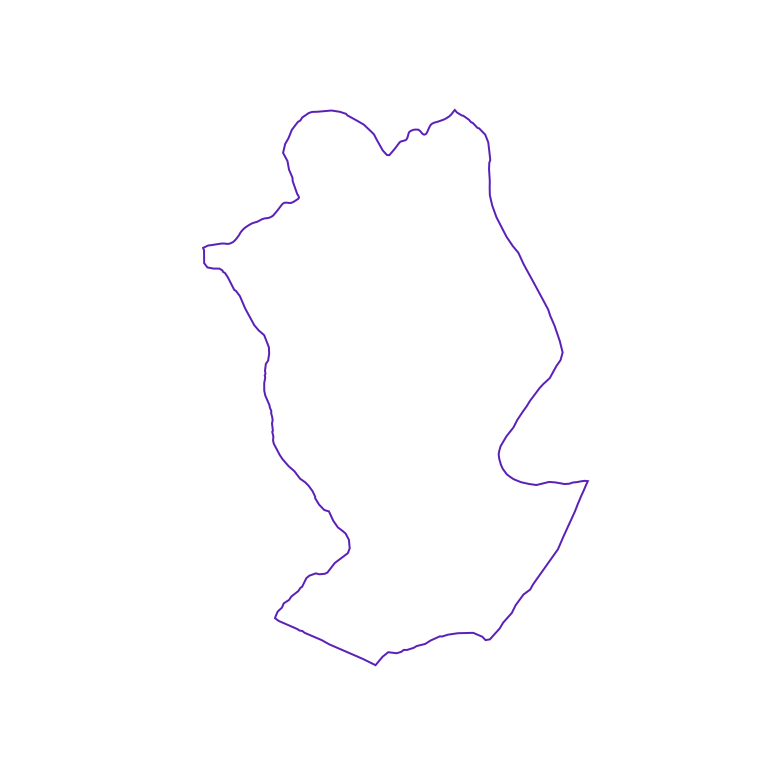 San Agustín Acasaguastlán, El Progreso, Guatemala (Robinson projection), rotated 153°
{"feature_id": "79465075B82802507944465", "entity_name": "San Agustín Acasaguastlán", "entity_type": "district", "adm_level": 2, "iso_a3": "GTM", "parent_name": "Guatemala", "parent_adm1": "El Progreso", "projection": "robinson", "projection_center": [-89.983, 15.017], "detail": "fine", "context": "isolated", "style": "outline", "palette": "violet", "viewbox_px": 768, "rotation_deg": 153, "n_neighbors": 0, "source": "geoboundaries", "source_scale": "gbopen_adm2", "svg_char_len": 4030}
<svg xmlns="http://www.w3.org/2000/svg" viewBox="0 0 768 768"><g transform="rotate(153 384 384)"><path d="M483.4,587.4L483.7,584.7L485.6,580.9L489.4,573.3L488.4,568.0L483.6,564.3L478.3,561.6L476.4,558.5L476.5,556.9L475.3,555.1L474.7,549.6L474.7,535.9L473.6,534.0L472.5,527.6L473.4,514.5L472.9,495.3L471.3,488.6L468.6,481.9L469.9,468.9L472.7,462.9L476.7,457.4L480.1,455.6L483.9,450.0L485.1,446.7L486.4,445.8L486.8,443.8L490.3,439.2L493.7,432.5L495.0,427.7L495.7,416.9L496.4,414.9L496.7,411.0L497.8,409.3L498.7,405.0L499.7,402.2L501.7,399.7L504.2,392.8L505.3,392.1L506.4,387.5L508.5,384.0L509.3,380.9L509.1,367.8L508.5,362.9L506.3,354.1L503.4,346.9L501.8,337.8L498.9,332.3L497.4,327.7L496.3,320.9L496.5,314.8L497.2,313.6L496.6,305.9L494.4,298.8L490.9,295.5L491.3,285.2L490.2,277.1L487.5,271.6L486.1,268.2L486.0,261.1L489.2,253.1L493.0,249.7L509.0,246.9L520.0,241.7L523.0,241.8L528.0,243.8L530.7,246.2L537.4,247.1L541.3,246.3L549.0,240.5L551.0,240.3L554.4,238.4L563.1,236.7L566.6,234.7L572.9,234.1L576.4,231.1L582.0,229.5L586.3,226.0L587.4,224.8L585.4,220.7L572.5,205.0L571.2,202.7L568.8,200.9L567.8,198.5L555.8,184.1L550.9,176.8L527.7,148.7L519.2,137.3L509.2,141.6L502.0,143.1L495.0,138.4L490.2,137.5L487.1,138.1L484.3,136.6L477.0,135.4L474.0,135.7L465.3,133.7L459.0,134.3L448.7,133.8L447.1,132.7L440.8,131.6L431.3,128.4L417.5,121.8L411.1,114.1L409.8,109.7L405.6,108.4L397.5,111.5L392.0,113.6L386.1,117.3L374.0,122.0L367.2,127.1L355.3,133.1L347.0,134.5L342.8,137.4L341.6,138.1L304.0,157.8L293.4,166.6L289.1,170.0L272.2,183.4L269.0,186.2L265.6,189.3L263.0,191.4L260.0,194.0L254.7,198.2L249.2,202.8L246.5,204.9L249.1,206.6L252.5,207.8L256.4,208.9L260.5,210.5L264.1,211.0L268.4,212.8L276.1,218.6L281.4,221.8L294.1,224.8L300.3,229.2L306.5,234.3L311.7,240.3L314.1,244.6L315.6,247.8L316.7,254.5L316.5,258.9L315.2,265.3L314.1,268.4L313.7,269.4L311.5,272.3L308.3,275.7L303.4,278.8L298.5,281.9L288.4,286.5L281.5,291.5L273.3,296.1L267.3,299.2L261.6,302.7L254.0,306.4L247.3,309.7L242.2,311.6L233.6,314.0L222.3,321.7L215.9,325.1L210.5,331.0L207.9,342.4L205.6,358.4L204.9,369.6L203.9,375.8L204.5,402.9L205.2,427.3L204.7,439.9L206.6,448.3L208.0,459.7L208.1,481.6L206.5,494.1L204.0,504.1L200.9,510.6L197.5,517.0L192.8,527.9L189.7,533.4L187.7,535.2L184.9,542.5L181.4,552.0L180.6,560.2L183.2,568.6L184.4,569.7L186.4,576.4L187.6,577.7L188.3,580.8L191.6,587.1L192.7,587.8L195.8,592.9L196.5,596.0L197.4,595.7L199.8,594.5L201.7,593.6L203.0,593.2L204.6,592.8L207.5,592.5L209.9,592.4L211.9,592.6L214.1,592.9L215.8,593.1L219.5,593.8L220.8,594.1L221.9,594.1L223.1,594.1L224.7,593.7L225.6,593.2L226.7,592.4L228.8,590.8L231.2,588.8L232.8,587.8L234.3,587.7L235.1,588.0L235.9,589.0L236.4,590.3L236.8,592.6L237.9,595.0L240.6,596.5L242.3,597.1L243.7,597.3L245.6,597.3L247.2,597.0L248.3,596.1L249.0,595.4L249.8,594.4L251.7,592.5L253.0,591.7L254.2,591.5L256.0,591.8L257.8,592.2L259.1,592.4L260.4,592.2L267.8,588.6L275.3,585.5L277.4,586.6L279.1,592.7L279.6,605.6L279.6,611.0L280.7,614.3L284.2,624.2L287.8,629.8L290.2,633.4L294.7,640.0L295.1,641.9L299.8,646.6L306.6,651.5L320.2,657.0L324.6,659.1L328.0,659.6L335.8,658.6L338.8,656.8L341.8,656.6L350.7,652.3L357.6,646.3L363.0,642.8L369.0,635.8L368.8,626.4L371.3,618.2L371.9,609.4L373.3,606.0L375.1,592.5L374.9,591.5L374.9,590.1L375.1,588.7L376.4,587.9L378.0,587.8L379.2,587.6L380.3,587.5L381.4,587.4L382.9,587.4L384.5,587.5L385.8,588.1L386.6,588.5L388.1,589.6L389.9,590.5L391.1,590.7L392.8,590.5L394.3,589.8L398.9,587.6L403.2,585.7L404.2,585.3L405.5,584.7L406.9,584.3L408.0,584.2L409.8,584.2L410.8,584.3L411.8,584.5L413.3,585.0L414.4,585.5L417.1,586.1L419.1,586.2L421.3,586.1L422.7,586.1L424.4,586.3L426.2,586.7L428.3,587.0L430.1,587.0L432.6,586.9L437.2,586.3L439.0,585.8L441.9,584.7L443.6,583.8L445.4,582.5L447.1,581.7L448.8,580.8L452.0,579.5L454.1,579.0L455.2,579.0L456.2,579.0L457.9,579.2L459.3,579.6L460.6,580.3L462.1,581.4L464.1,582.5L465.1,582.9L466.6,583.5L468.3,584.0L472.2,585.3L473.8,585.8L475.9,586.5L477.4,587.1L478.6,587.3L480.2,587.3L483.4,587.4Z" fill="none" stroke="#5b21b6" stroke-width="2"/></g></svg>